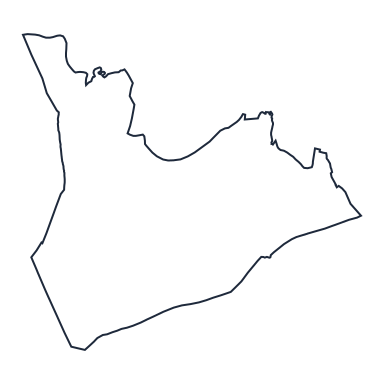 Nanchital de Lázaro Cárdenas del Río, Veracruz, Mexico (Robinson projection)
{"feature_id": "50627088B93605390589643", "entity_name": "Nanchital de Lázaro Cárdenas del Río", "entity_type": "district", "adm_level": 2, "iso_a3": "MEX", "parent_name": "Mexico", "parent_adm1": "Veracruz", "projection": "robinson", "projection_center": [-94.39, 18.066], "detail": "fine", "context": "isolated", "style": "outline", "palette": "slate", "viewbox_px": 384, "rotation_deg": 0, "n_neighbors": 0, "source": "geoboundaries", "source_scale": "gbopen_adm2", "svg_char_len": 4609}
<svg xmlns="http://www.w3.org/2000/svg" viewBox="0 0 384 384"><path d="M23.0,34.8L31.4,54.8L42.4,78.5L46.8,93.2L51.4,101.1L56.8,110.5L58.8,112.3L58.7,113.1L58.7,113.8L58.7,114.8L58.4,115.7L58.2,117.1L57.9,118.4L57.9,119.1L57.9,119.9L58.1,121.2L58.2,122.5L57.8,123.8L58.0,125.2L58.1,126.7L58.3,128.7L58.3,130.2L59.2,132.5L59.5,134.9L59.6,136.9L59.7,139.4L59.9,140.8L60.1,142.1L60.6,144.5L60.5,145.8L60.5,147.0L60.8,148.5L61.0,150.2L61.4,154.6L61.6,156.3L61.7,156.9L61.8,158.2L62.0,159.3L62.1,160.5L62.2,161.3L62.3,161.6L62.4,161.8L62.4,162.0L62.5,162.2L62.7,162.7L62.8,163.5L62.9,164.3L63.2,165.1L63.4,166.0L63.5,166.6L63.5,167.4L63.6,168.5L63.8,169.8L64.1,170.6L64.0,171.7L64.4,172.8L64.4,173.8L64.4,175.7L64.6,177.9L64.7,179.2L64.7,180.5L64.7,181.5L64.7,182.1L64.6,183.3L64.4,184.8L64.3,185.8L64.2,187.3L64.1,189.8L60.8,194.0L56.0,206.8L53.6,213.5L49.7,224.2L46.4,233.3L42.4,243.2L41.5,242.5L36.6,250.4L31.3,257.3L36.4,269.2L38.4,274.1L38.6,274.4L39.1,275.7L42.1,282.7L44.8,289.0L45.9,291.5L48.4,297.1L49.6,299.7L52.9,307.0L53.3,307.9L57.4,316.9L57.7,317.6L64.5,332.7L70.6,345.3L71.3,346.7L78.0,348.3L84.9,349.9L89.1,346.1L94.2,341.4L94.8,340.7L97.4,338.0L102.8,335.0L107.1,334.3L112.5,332.2L117.2,330.7L121.5,328.9L127.0,327.7L133.1,325.7L137.0,324.1L140.7,322.6L145.6,320.2L145.9,320.1L146.1,319.9L147.4,319.3L153.5,316.5L163.3,311.8L173.8,307.6L180.4,305.8L181.8,305.4L190.5,304.1L191.0,304.0L198.9,302.4L206.3,300.2L212.1,298.1L213.2,297.7L220.6,295.4L226.5,293.4L230.8,291.9L235.4,287.4L237.9,284.9L241.4,281.4L247.9,272.6L248.4,272.0L257.6,260.9L261.3,256.9L263.4,257.0L264.8,257.6L266.9,256.9L269.4,257.7L269.7,257.7L270.4,257.2L270.8,255.1L273.8,252.3L276.8,249.9L284.0,244.1L291.8,239.2L296.5,237.0L307.4,233.7L307.5,233.6L315.8,231.2L324.9,228.6L332.5,225.8L335.4,224.8L349.0,219.8L357.1,217.6L361.0,215.7L350.5,203.8L345.4,192.1L342.1,188.4L338.7,185.9L336.8,187.3L335.6,185.0L335.9,184.8L331.6,177.0L330.8,173.3L332.1,172.2L331.3,168.9L330.7,167.6L330.0,163.5L328.6,161.2L328.1,160.2L327.1,159.1L326.7,158.5L326.6,157.3L326.7,156.1L326.4,154.3L326.2,153.2L323.2,152.7L319.6,151.7L320.0,149.6L315.0,148.4L312.9,161.7L312.8,163.8L312.4,165.5L311.8,167.2L307.7,168.2L304.1,167.9L302.4,166.2L301.0,164.3L298.6,161.9L297.5,161.0L295.6,159.4L293.2,156.8L290.2,154.8L287.3,152.6L284.1,150.8L283.0,150.5L280.5,150.0L278.4,148.3L277.4,146.6L276.6,143.8L275.6,140.7L272.9,144.5L272.6,144.2L271.8,144.0L272.0,143.7L271.7,143.3L271.5,143.1L271.4,142.8L271.5,142.5L271.6,142.1L272.2,141.1L272.2,140.9L272.1,139.9L271.9,138.7L271.7,137.8L271.5,136.5L271.2,135.4L271.1,134.9L271.1,134.5L271.1,132.7L271.5,130.8L272.2,127.9L272.5,126.3L272.8,125.2L273.0,124.4L273.0,123.7L273.0,123.1L272.8,122.5L272.3,121.4L272.1,120.7L271.9,120.1L272.0,119.5L272.1,119.2L272.2,118.9L272.1,118.3L271.7,118.0L271.5,117.7L271.6,117.1L271.7,116.2L272.1,115.2L272.4,114.6L272.1,113.6L270.8,111.8L270.3,112.0L270.2,113.0L270.1,113.6L270.1,114.3L270.0,114.5L269.6,114.1L269.3,113.7L269.1,113.1L268.7,112.5L268.1,112.2L266.5,112.2L265.9,112.0L265.7,112.3L265.7,113.2L265.7,113.7L265.4,113.8L265.1,113.7L264.7,113.6L264.4,113.3L263.7,112.8L262.7,112.3L262.3,112.1L262.1,112.1L260.6,112.9L259.0,115.6L257.9,118.4L244.8,119.5L245.2,114.7L243.1,114.1L242.9,114.1L241.4,116.8L239.0,119.9L236.7,122.0L231.1,125.9L228.5,127.8L224.9,128.4L221.1,130.3L220.3,130.7L213.0,138.1L209.6,141.6L194.8,152.4L194.1,152.8L187.8,156.4L180.5,159.4L173.5,160.3L168.2,160.5L163.1,159.5L156.9,156.3L152.4,152.6L148.9,148.7L146.2,145.6L145.0,144.0L144.9,140.6L144.3,136.3L142.8,134.6L139.7,135.2L135.7,135.9L133.4,135.9L130.0,134.7L127.6,133.4L130.1,126.1L131.9,118.4L133.7,108.8L134.4,104.6L132.5,101.3L129.7,96.0L131.1,88.3L132.8,83.1L128.8,75.7L126.9,72.6L125.5,70.7L124.5,69.4L122.3,70.4L120.7,70.5L119.3,71.7L118.6,72.2L114.9,72.4L111.4,73.2L110.0,73.6L108.1,74.1L106.0,76.4L104.4,77.4L103.5,76.8L103.0,76.4L102.3,75.4L104.5,74.1L105.0,73.0L104.2,72.0L102.8,71.7L101.8,72.2L101.1,73.3L100.6,74.2L99.5,73.9L98.7,73.4L98.5,72.5L100.6,71.2L101.3,69.4L100.8,68.0L100.5,67.8L99.7,67.4L97.7,68.1L95.4,69.1L95.1,69.2L93.9,70.7L93.5,72.8L94.0,74.3L94.9,76.2L94.3,76.8L93.0,77.0L92.0,78.9L91.3,81.2L88.4,82.7L86.1,85.1L85.8,82.8L86.0,79.9L86.3,77.9L87.1,75.9L87.3,74.2L87.2,74.1L85.9,72.8L83.5,72.2L81.3,72.0L79.9,71.9L77.8,72.1L75.5,72.5L74.0,71.5L72.3,69.6L70.8,67.8L69.8,66.6L68.1,64.2L67.9,63.9L66.8,60.8L66.0,56.6L66.0,53.0L66.3,49.1L66.5,43.1L64.8,38.8L63.1,36.3L61.1,35.7L60.2,35.4L58.2,35.6L57.0,35.8L52.9,37.1L51.9,37.3L49.7,37.7L46.1,37.7L42.2,36.5L42.1,36.4L39.1,35.3L35.1,34.6L27.5,34.1L23.0,34.8Z" fill="none" stroke="#1e293b" stroke-width="2"/></svg>